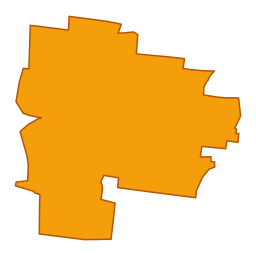 Tahdziú, Yucatán, Mexico (Natural Earth projection)
{"feature_id": "50627088B40660272766976", "entity_name": "Tahdziú", "entity_type": "district", "adm_level": 2, "iso_a3": "MEX", "parent_name": "Mexico", "parent_adm1": "Yucatán", "projection": "natural_earth1", "projection_center": [-88.888, 20.245], "detail": "fine", "context": "isolated", "style": "filled", "palette": "amber", "viewbox_px": 256, "rotation_deg": 0, "n_neighbors": 0, "source": "geoboundaries", "source_scale": "gbopen_adm2", "svg_char_len": 1510}
<svg xmlns="http://www.w3.org/2000/svg" viewBox="0 0 256 256"><path d="M235.1,97.8L230.5,97.8L225.2,97.8L216.4,97.0L203.6,94.9L203.8,87.8L205.1,84.5L206.4,82.4L206.9,81.5L207.9,80.5L208.5,79.1L209.2,77.6L209.9,76.2L214.2,71.1L201.1,70.6L189.1,69.4L183.1,68.5L184.5,58.7L168.4,56.9L136.3,53.9L137.8,34.7L133.6,32.0L130.7,32.2L126.8,32.6L123.6,32.9L122.5,33.0L120.4,33.1L118.1,33.1L121.3,24.3L116.6,23.3L114.7,22.8L109.9,22.0L106.7,21.3L104.4,21.1L101.9,20.7L94.9,19.7L69.2,16.4L68.6,27.5L68.4,30.1L60.8,29.1L30.3,25.3L28.9,68.9L23.4,68.3L19.5,81.1L16.0,101.7L23.2,113.2L29.3,115.4L41.9,118.0L39.1,118.2L28.3,124.4L20.1,131.6L27.1,156.3L28.3,165.3L27.6,180.8L16.3,182.0L15.4,185.8L23.9,188.4L29.8,190.1L33.1,191.2L35.3,193.2L39.9,194.5L39.6,204.2L39.6,205.1L39.4,217.8L39.4,222.9L39.4,224.1L39.3,234.0L66.8,237.4L73.4,238.2L77.7,238.8L84.4,239.6L84.5,239.6L92.5,239.5L93.6,239.5L96.5,239.5L101.5,239.4L105.2,239.3L111.0,239.3L113.5,218.4L114.6,207.6L115.1,203.2L101.0,199.4L102.1,192.2L102.5,187.7L101.0,181.3L103.1,177.0L103.8,175.4L111.7,176.7L118.5,177.8L118.2,182.2L117.7,187.5L131.2,189.4L139.4,190.5L144.8,191.2L195.7,197.7L196.4,190.8L199.2,184.4L202.4,177.3L209.2,169.1L211.3,168.3L214.7,167.0L214.6,164.1L214.6,161.9L211.1,161.6L210.9,156.7L200.4,157.0L201.4,149.5L201.8,146.4L210.8,147.2L212.4,147.4L225.7,148.7L226.8,140.8L237.9,142.4L238.8,133.5L235.8,133.5L236.6,129.3L234.7,128.4L238.4,120.6L239.3,118.7L240.6,115.9L238.6,98.1L235.1,97.8Z" fill="#f59e0b" stroke="#b45309" stroke-width="1.5"/></svg>